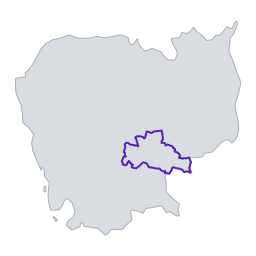 Cambodia, with Kâmpóng Cham highlighted
{"feature_id": "KHM-1784", "entity_name": "Kâmpóng Cham", "entity_type": "Province", "adm_level": 1, "iso_a3": "KHM", "parent_name": "Cambodia", "parent_adm1": "", "projection": "natural_earth1", "projection_center": [105.558, 12.075], "detail": "fine", "context": "in_parent", "style": "outline", "palette": "violet", "viewbox_px": 256, "rotation_deg": 0, "n_neighbors": 0, "source": "natural_earth", "source_scale": "10m", "svg_char_len": 6257}
<svg xmlns="http://www.w3.org/2000/svg" viewBox="0 0 256 256"><path d="M236.8,21.0L237.5,23.8L235.7,29.0L233.8,33.7L230.3,37.8L230.1,40.8L228.9,49.9L229.4,52.7L230.2,55.2L231.4,56.5L234.5,65.4L237.3,73.4L240.1,80.0L240.6,84.2L238.1,94.8L235.1,104.5L235.4,109.4L236.7,114.2L238.1,120.7L238.6,128.9L237.9,134.3L236.5,137.7L234.0,141.1L231.7,142.9L229.0,140.0L226.9,139.8L224.0,140.7L221.7,142.0L217.1,147.1L212.0,152.0L204.9,153.2L202.1,156.9L199.2,157.4L193.6,157.6L189.9,158.4L190.1,160.2L189.8,168.9L189.9,170.9L189.3,171.4L186.8,171.7L182.5,170.4L176.6,168.2L172.5,167.9L170.4,171.7L169.1,173.1L167.5,173.4L165.9,174.0L165.4,175.7L165.2,177.8L166.0,181.4L166.3,187.1L166.1,191.0L167.6,193.5L176.5,201.7L179.1,203.8L179.4,205.0L177.9,209.5L179.3,215.9L176.5,215.8L171.8,213.0L169.6,211.4L166.9,212.7L166.0,212.5L164.2,209.3L161.8,206.2L159.3,206.0L154.2,207.2L148.9,208.1L146.9,208.1L146.0,208.6L143.0,213.4L141.7,212.6L136.3,210.8L131.5,210.1L130.5,211.3L131.1,215.2L132.1,218.9L131.5,220.5L128.8,222.5L125.3,226.1L123.1,228.8L121.6,229.5L116.2,229.4L110.9,229.8L108.7,232.4L106.7,234.4L105.0,235.0L98.0,228.5L84.1,226.2L82.6,223.4L81.2,222.8L79.9,226.5L72.3,230.1L69.1,228.0L66.7,225.4L67.1,222.2L69.3,219.6L73.1,217.7L74.9,211.1L72.0,202.7L69.5,200.3L66.8,198.4L64.0,201.5L61.6,206.8L59.1,209.6L55.7,210.2L50.6,210.0L48.6,202.0L48.0,195.1L48.7,187.3L49.4,182.7L44.6,176.3L44.3,170.3L41.9,167.1L41.2,168.7L41.3,170.5L40.6,169.2L32.9,151.4L31.6,143.1L33.0,136.7L33.8,134.6L31.6,131.3L28.4,127.5L22.9,122.5L22.5,114.6L21.3,105.3L19.7,102.1L17.1,96.4L15.8,91.7L15.4,79.1L16.1,78.1L20.0,77.7L25.0,76.8L25.8,74.8L25.0,73.1L28.2,70.3L32.8,64.1L36.4,57.5L39.0,53.4L40.6,49.4L45.8,43.6L53.0,39.6L57.8,38.7L62.9,37.3L67.7,35.4L70.0,35.2L76.1,37.5L79.3,38.1L82.7,38.1L86.3,38.3L89.4,38.1L96.7,36.5L104.6,37.7L111.6,36.7L120.2,34.8L124.5,36.0L128.3,37.9L128.9,41.7L129.8,43.5L131.0,44.8L132.8,44.8L135.0,42.2L136.8,39.4L137.4,38.9L137.5,40.3L138.4,43.2L140.1,46.2L141.7,48.1L144.5,50.7L146.3,50.8L152.2,48.4L161.1,51.9L162.1,53.7L165.0,57.3L168.1,59.9L175.0,60.1L177.5,53.7L176.3,49.8L172.4,43.1L171.3,39.1L172.5,38.4L179.2,37.6L180.3,36.8L181.8,32.4L183.6,32.9L187.3,33.5L191.2,30.5L193.5,27.3L194.8,28.8L196.2,31.0L197.7,32.3L200.5,34.2L203.6,36.8L205.5,39.5L207.1,40.5L211.1,39.8L212.1,39.9L214.4,36.7L216.0,34.9L217.4,35.4L219.4,35.4L223.5,31.3L225.9,27.6L227.2,26.6L230.9,28.5L232.4,28.1L234.5,23.0L236.8,21.0ZM46.0,191.5L45.2,191.9L44.5,191.9L43.8,191.2L43.9,188.3L44.4,186.6L45.7,186.2L46.0,191.5ZM57.6,219.7L56.0,221.6L53.5,217.6L53.6,216.5L57.6,219.7Z" fill="#d9dde1" stroke="#a8b0b8" stroke-width="1"/><path d="M190.8,171.9L190.4,172.7L189.9,172.7L189.3,172.4L188.4,171.6L187.8,171.4L187.4,171.3L186.9,171.3L184.5,172.1L184.0,171.9L183.6,171.6L183.0,170.5L182.6,170.1L181.8,169.5L178.9,168.5L177.1,168.4L174.9,167.7L172.9,167.3L171.9,168.5L171.9,169.2L171.8,169.8L171.5,170.5L170.3,171.9L169.9,172.9L169.4,173.6L168.2,173.6L166.2,172.7L165.5,172.9L164.6,173.7L165.1,172.3L165.1,171.5L165.0,171.2L164.8,171.0L163.3,171.3L163.2,171.3L162.7,171.2L162.3,171.1L162.0,170.9L161.6,170.7L160.6,169.8L159.4,168.5L156.3,168.5L151.0,167.4L149.5,167.2L149.2,167.1L148.7,166.9L148.4,166.7L148.2,166.4L148.1,166.2L147.6,164.8L146.9,163.7L144.4,162.6L143.6,162.4L143.1,162.5L142.8,162.7L142.4,162.9L141.6,163.7L141.2,164.1L139.5,165.8L136.1,168.4L132.7,167.7L131.8,167.2L131.8,166.9L131.7,166.1L131.7,165.9L131.8,165.7L132.0,165.4L132.5,165.3L132.7,165.2L132.8,165.0L132.7,164.7L132.4,164.4L130.8,163.5L129.5,161.4L128.7,161.2L128.5,162.2L128.3,162.4L128.1,162.3L128.0,162.2L127.7,162.3L127.5,162.5L127.4,162.7L126.7,164.6L126.5,164.9L126.4,165.0L126.2,164.9L125.8,165.0L125.4,165.2L125.2,165.3L124.8,165.0L124.0,164.8L123.8,164.7L123.6,164.4L123.4,164.4L123.3,164.5L123.2,164.6L122.8,164.5L122.8,164.2L122.8,163.8L122.7,162.9L121.8,161.2L123.2,157.7L123.5,157.1L123.7,156.9L123.9,156.7L124.1,156.6L124.3,156.5L124.5,156.5L125.5,156.7L125.8,156.5L125.8,156.4L125.5,156.1L125.2,156.0L125.1,155.9L125.0,155.7L125.0,153.7L124.9,153.4L124.9,153.2L124.3,152.4L123.9,152.0L123.9,151.8L123.9,151.5L124.3,150.5L124.6,149.0L125.3,147.1L125.3,146.9L125.3,146.2L124.7,144.1L125.8,143.2L126.3,142.9L126.6,142.8L128.2,142.9L128.5,143.0L129.6,144.2L130.9,144.7L133.7,145.0L133.8,145.0L134.3,145.5L134.5,145.6L134.9,145.6L135.1,145.5L135.5,145.4L136.6,145.2L137.7,146.2L138.0,146.3L138.2,146.1L138.3,145.9L138.2,145.4L138.1,145.1L136.7,141.3L136.6,140.3L136.6,140.0L136.5,139.8L135.5,138.0L135.4,137.6L135.4,137.4L135.5,137.3L136.1,137.0L136.7,136.4L136.9,136.3L137.0,136.3L137.7,136.4L138.1,136.4L138.4,136.3L138.7,136.2L139.1,136.3L139.3,136.3L139.6,136.4L140.9,136.3L141.0,136.4L141.3,136.5L141.7,136.8L141.8,136.9L142.1,137.0L142.7,137.0L142.9,137.1L143.0,137.1L143.2,137.3L143.3,137.4L143.4,137.6L143.6,137.9L143.6,138.0L143.8,138.2L144.0,138.3L144.4,138.3L144.7,138.1L144.9,138.0L145.2,137.3L146.6,131.7L148.1,131.6L148.6,131.7L149.1,131.9L149.4,132.1L149.5,132.1L150.0,132.5L150.6,132.9L151.0,133.0L151.6,132.9L151.9,132.8L152.1,132.6L152.7,132.0L153.3,131.6L153.5,131.6L161.6,130.6L162.1,132.4L162.7,136.3L162.9,138.8L162.8,139.1L162.7,139.6L162.3,140.3L162.0,140.6L161.8,140.7L161.7,141.0L161.6,142.7L162.0,142.6L164.1,143.1L164.9,143.2L165.0,143.2L165.2,143.4L165.6,145.4L166.8,145.1L167.0,145.1L167.3,144.8L167.4,144.7L167.6,144.7L167.8,144.7L168.0,144.7L168.4,144.8L169.7,145.4L171.1,145.7L171.7,146.0L172.8,147.0L173.0,147.1L173.1,147.3L173.3,148.2L173.8,148.4L174.0,148.4L174.4,148.5L174.6,148.7L174.9,149.3L175.0,149.6L175.1,149.9L175.1,150.2L175.0,150.3L175.0,150.5L174.8,150.8L174.7,150.9L174.6,151.0L174.7,151.3L174.9,151.5L175.3,151.7L176.1,152.1L176.8,152.2L177.2,152.4L177.9,153.0L178.4,153.3L178.7,153.5L178.8,153.6L179.0,153.8L179.3,154.3L180.0,155.8L180.0,156.0L179.9,156.2L179.8,156.4L179.6,156.7L179.5,156.8L179.4,156.9L179.3,157.0L179.2,157.1L179.2,157.3L179.1,157.5L179.2,157.9L179.7,158.1L181.7,158.1L181.9,158.4L182.0,158.6L182.3,158.7L182.5,158.7L182.8,158.7L184.0,158.1L184.5,158.1L185.5,158.4L185.9,158.4L188.8,157.6L189.1,157.6L189.5,158.7L190.7,161.4L191.0,162.6L190.9,162.8L190.2,163.9L190.2,164.3L190.2,165.2L190.1,165.6L189.8,166.4L189.5,167.0L189.2,167.7L189.3,168.5L190.4,170.8L190.8,171.9Z" fill="none" stroke="#5b21b6" stroke-width="2"/></svg>